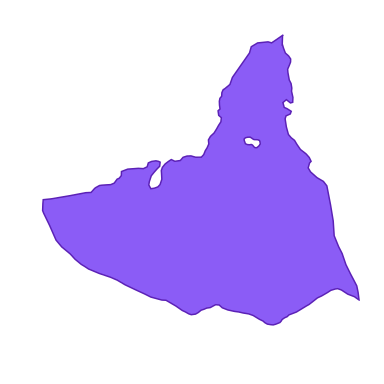 Åre, Jämtland, Sweden, rotated 262°
{"feature_id": "70781695B29171482831525", "entity_name": "Åre", "entity_type": "district", "adm_level": 2, "iso_a3": "SWE", "parent_name": "Sweden", "parent_adm1": "Jämtland", "projection": "albers", "projection_center": [13.184, 63.496], "detail": "fine", "context": "isolated", "style": "filled", "palette": "violet", "viewbox_px": 384, "rotation_deg": 262, "n_neighbors": 0, "source": "geoboundaries", "source_scale": "gbopen_adm2", "svg_char_len": 2841}
<svg xmlns="http://www.w3.org/2000/svg" viewBox="0 0 384 384"><g transform="rotate(262 192 192)"><path d="M244.5,218.0L241.3,215.5L237.2,215.3L233.5,213.0L231.2,211.0L227.4,208.8L225.2,206.1L225.9,200.5L227.9,196.0L228.3,192.0L227.6,188.0L224.8,184.8L224.8,179.3L227.0,176.0L225.5,172.8L223.5,169.3L220.5,166.1L217.5,164.6L214.5,164.4L208.8,163.9L203.8,161.4L201.8,158.9L201.0,155.2L201.0,151.7L205.0,150.2L208.2,151.2L213.7,153.9L216.7,157.1L219.7,160.6L222.0,163.6L226.0,164.6L227.0,163.1L227.9,160.6L227.9,156.3L226.9,152.8L223.2,151.1L221.9,147.1L222.9,142.2L223.6,131.5L222.1,125.0L218.1,124.3L215.8,121.9L215.1,119.6L211.6,116.2L210.6,112.5L210.9,109.2L211.3,103.6L211.3,101.3L209.8,97.4L209.1,96.1L205.6,92.0L206.1,86.8L205.3,69.3L204.8,51.4L205.1,43.6L201.1,42.7L194.4,41.5L191.5,42.2L178.8,46.3L163.2,50.7L155.7,55.4L147.6,62.8L141.6,66.9L135.8,72.2L133.2,75.4L130.1,78.9L124.2,88.9L119.0,99.3L115.1,105.7L109.5,112.7L102.9,122.7L97.5,131.1L93.7,136.6L91.5,141.7L89.2,147.1L88.4,151.2L81.3,160.2L76.0,165.9L74.2,168.7L71.8,171.8L70.6,174.2L70.6,178.5L71.8,181.5L73.7,184.6L74.2,187.5L75.0,190.4L75.0,194.0L76.5,198.0L77.1,199.8L76.3,203.2L73.1,205.9L70.2,211.1L67.8,217.6L66.7,221.6L65.1,225.7L63.4,231.2L61.2,235.4L56.6,241.0L54.3,244.4L52.5,245.9L50.7,248.2L49.6,251.7L49.1,253.9L49.4,256.4L50.5,260.9L51.8,262.4L53.2,263.5L54.6,266.3L55.3,268.9L56.8,270.9L58.6,278.7L63.4,289.8L64.3,292.2L67.4,297.6L69.7,301.5L71.0,305.8L73.6,312.2L75.3,315.8L76.0,320.4L76.0,322.8L74.2,326.3L69.2,332.0L65.7,338.3L62.0,342.2L61.9,342.4L69.5,342.5L76.1,342.1L81.5,340.2L89.0,337.5L98.7,334.3L110.2,332.1L117.4,329.6L128.9,326.7L143.7,327.8L160.0,327.4L179.3,326.4L184.2,323.6L188.8,317.8L195.4,312.2L199.7,310.4L204.3,312.4L205.8,314.2L209.9,312.9L213.7,310.4L219.0,305.3L224.6,302.5L228.9,300.7L231.9,297.8L235.5,295.5L236.2,295.4L243.3,294.5L251.5,294.4L254.3,295.7L255.6,300.2L258.1,301.5L261.4,297.6L262.9,295.1L267.9,294.5L270.3,298.3L266.5,301.9L266.8,304.2L271.6,305.1L278.0,304.6L281.0,305.3L285.6,305.2L289.4,303.9L297.0,303.6L300.3,303.8L303.9,306.0L307.0,307.7L310.0,308.2L313.3,306.6L316.6,303.8L321.4,302.7L325.2,302.1L325.2,301.8L325.5,301.9L334.2,303.4L334.9,304.3L328.6,291.6L330.1,288.2L330.5,277.7L327.6,270.9L326.9,270.6L321.7,268.3L299.9,248.0L293.2,244.5L289.1,237.8L289.2,237.4L288.7,236.9L286.2,235.4L282.7,234.7L280.9,232.7L278.1,231.7L274.1,231.3L270.3,231.3L268.8,229.1L264.2,229.1L261.5,231.4L257.5,230.4L254.4,227.7L251.1,225.2L247.3,222.0L245.8,219.8L244.5,218.0ZM228.5,264.9L226.9,262.5L227.1,260.6L228.0,259.7L230.1,258.4L230.8,257.3L230.8,255.3L231.3,253.3L232.4,251.6L235.8,250.9L237.2,251.0L238.3,252.5L238.5,254.9L238.2,257.3L236.6,259.1L235.6,260.1L235.1,261.3L234.9,262.9L234.5,264.6L233.6,266.0L232.3,266.3L230.1,266.3L229.6,265.8L228.5,264.9Z" fill="#8b5cf6" stroke="#5b21b6" stroke-width="1.5"/></g></svg>